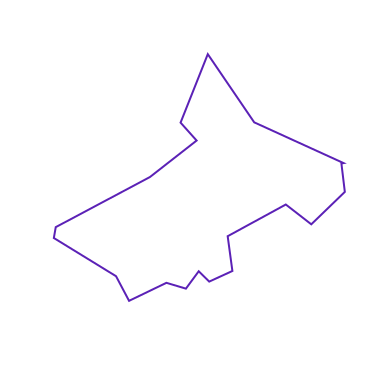 Leer, Unity, South Sudan, rotated 232°
{"feature_id": "79223893B69853556807394", "entity_name": "Leer", "entity_type": "district", "adm_level": 2, "iso_a3": "SSD", "parent_name": "South Sudan", "parent_adm1": "Unity", "projection": "albers", "projection_center": [30.206, 8.187], "detail": "fine", "context": "isolated", "style": "outline", "palette": "violet", "viewbox_px": 384, "rotation_deg": 232, "n_neighbors": 0, "source": "geoboundaries", "source_scale": "gbopen_adm2", "svg_char_len": 412}
<svg xmlns="http://www.w3.org/2000/svg" viewBox="0 0 384 384"><g transform="rotate(232 192 192)"><path d="M290.9,289.3L253.7,225.7L229.7,227.3L229.7,168.1L248.2,63.0L240.8,54.8L172.4,80.3L145.0,75.4L136.2,115.9L119.6,127.7L125.4,148.5L110.8,150.4L104.9,175.2L135.2,192.9L124.4,258.2L93.1,266.1L98.0,312.5L122.5,327.3L121.5,329.2L208.6,283.9L290.9,289.3Z" fill="none" stroke="#5b21b6" stroke-width="2"/></g></svg>